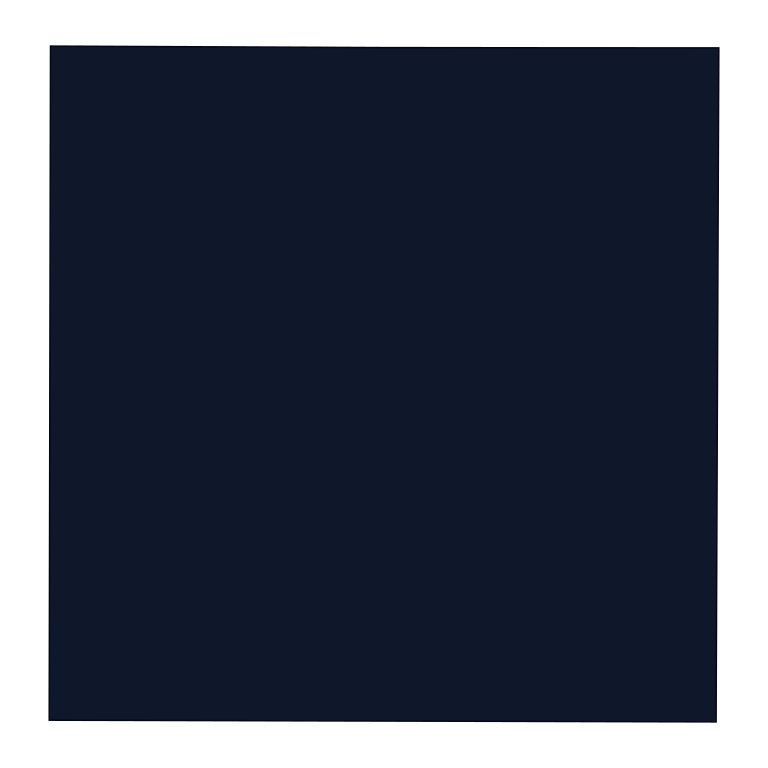 the district of Franklin, Iowa, United States of America
{"feature_id": "52423323B30235683377135", "entity_name": "Franklin", "entity_type": "district", "adm_level": 2, "iso_a3": "USA", "parent_name": "United States of America", "parent_adm1": "Iowa", "projection": "mercator", "projection_center": [-93.212, 42.733], "detail": "fine", "context": "isolated", "style": "filled", "palette": "ink", "viewbox_px": 768, "rotation_deg": 0, "n_neighbors": 0, "source": "geoboundaries", "source_scale": "gbopen_adm2", "svg_char_len": 210}
<svg xmlns="http://www.w3.org/2000/svg" viewBox="0 0 768 768"><path d="M716.1,721.9L718.8,47.9L552.2,47.8L384.6,47.6L50.5,46.1L49.2,720.2L716.1,721.9Z" fill="#0f172a" stroke="#020617" stroke-width="1.5"/></svg>